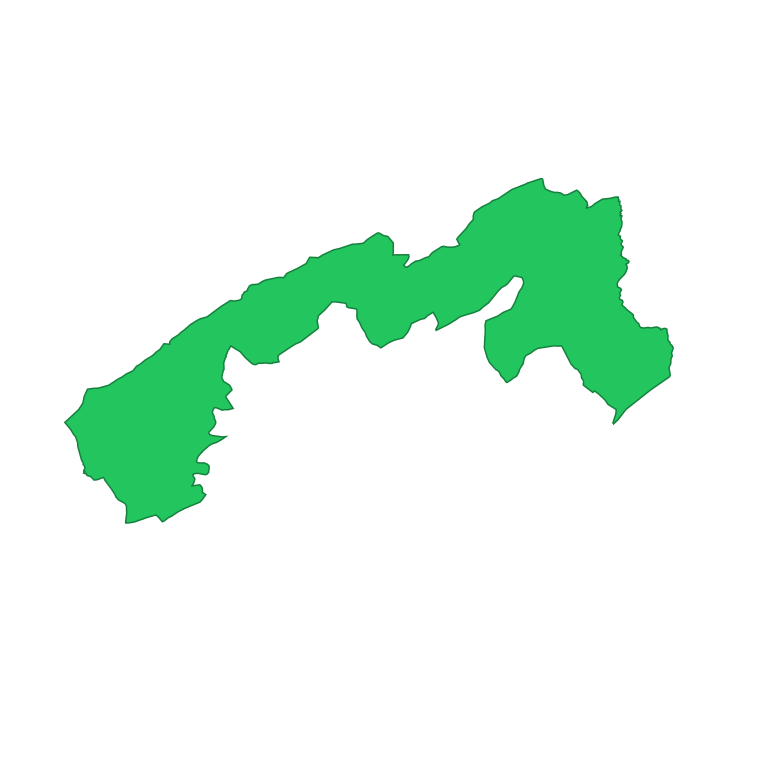 Chamwino, Dodoma, United Republic of Tanzania (Equal Earth projection), rotated 236°
{"feature_id": "72390352B28140161055022", "entity_name": "Chamwino", "entity_type": "district", "adm_level": 2, "iso_a3": "TZA", "parent_name": "United Republic of Tanzania", "parent_adm1": "Dodoma", "projection": "equal_earth", "projection_center": [35.821, -6.232], "detail": "fine", "context": "isolated", "style": "filled", "palette": "green", "viewbox_px": 768, "rotation_deg": 236, "n_neighbors": 0, "source": "geoboundaries", "source_scale": "gbopen_adm2", "svg_char_len": 6134}
<svg xmlns="http://www.w3.org/2000/svg" viewBox="0 0 768 768"><g transform="rotate(236 384 384)"><path d="M448.1,245.3L461.8,245.6L462.4,246.3L464.1,254.7L467.0,255.2L469.7,255.2L475.7,252.5L479.3,252.9L480.9,253.8L484.9,258.1L485.5,259.5L491.1,262.9L493.9,266.4L495.1,268.7L496.2,268.9L496.7,270.3L499.2,273.6L499.6,275.4L501.4,278.1L491.3,282.8L483.8,283.7L475.9,285.6L473.6,286.6L472.4,287.6L471.6,289.1L471.3,292.2L470.1,293.2L467.6,297.8L465.9,299.5L464.0,302.2L463.5,303.1L463.8,304.2L462.7,305.6L461.1,309.4L464.6,310.4L466.1,311.6L466.9,313.2L466.8,332.1L465.6,338.2L466.9,359.9L467.2,361.0L473.9,364.0L475.9,366.5L477.2,367.5L478.5,376.2L481.1,386.7L479.5,389.3L472.3,397.5L470.2,397.2L469.0,396.3L468.3,396.5L467.3,397.1L461.5,403.2L459.8,402.6L455.2,399.3L452.9,398.1L448.9,398.2L442.9,397.1L437.1,397.2L433.3,396.2L427.1,395.9L423.7,396.8L420.0,399.9L415.7,401.6L415.6,410.1L415.0,414.8L414.4,417.5L411.6,425.5L413.5,432.1L415.4,435.8L418.7,440.5L417.2,450.2L415.6,454.4L416.3,458.4L416.0,464.8L409.8,464.4L404.2,463.3L402.8,462.0L400.3,457.5L399.3,457.2L397.4,471.5L397.1,480.3L397.3,483.8L396.4,487.7L393.0,498.4L391.7,504.6L392.5,509.2L392.8,516.1L397.3,530.9L398.2,535.5L397.8,540.4L398.1,542.8L400.8,551.8L400.6,552.8L395.9,557.2L394.7,557.9L392.0,557.4L389.4,556.1L386.8,552.4L384.8,547.4L378.6,538.4L375.8,533.0L375.1,530.9L376.7,522.8L376.7,516.3L379.4,503.9L376.2,500.6L371.7,497.9L358.0,487.5L348.5,484.4L342.9,483.5L333.7,484.7L330.7,486.1L327.9,486.1L325.7,485.5L320.9,486.3L316.9,486.3L316.5,487.3L316.3,490.7L316.6,494.8L316.3,497.7L316.7,499.1L318.6,502.6L320.5,504.9L323.0,510.7L326.3,514.0L327.8,516.4L328.1,517.4L328.1,519.0L327.6,522.8L327.9,527.3L327.6,531.3L320.4,546.7L319.2,547.9L316.1,552.6L295.7,550.2L289.8,551.1L289.0,552.0L287.3,552.7L281.6,552.8L278.7,551.2L275.0,551.2L271.6,548.6L260.2,552.4L260.5,554.7L254.8,556.6L247.1,558.3L241.9,558.3L233.2,562.1L232.4,561.8L229.6,559.5L223.8,552.1L222.5,552.0L223.6,558.3L227.6,570.3L230.0,601.9L230.3,624.7L231.3,626.3L237.9,629.3L238.6,629.9L240.5,633.1L244.4,636.0L246.0,638.7L248.9,639.7L251.7,643.5L252.4,644.0L254.8,644.3L256.7,643.7L258.7,644.3L262.0,644.0L265.0,646.3L269.9,648.2L271.1,649.2L272.5,648.6L273.4,647.4L274.0,645.8L274.2,643.7L275.9,644.0L276.6,643.1L277.7,643.0L279.3,641.3L279.6,640.0L280.6,638.3L280.7,637.3L283.3,634.4L285.2,630.6L287.2,628.4L289.1,628.2L291.7,629.0L293.7,628.2L299.6,628.0L301.7,629.3L302.5,629.3L310.1,626.8L312.8,626.5L315.6,625.6L316.6,625.6L318.4,628.0L319.3,628.3L320.3,628.3L322.1,626.9L323.2,627.0L324.4,627.9L325.3,629.8L327.0,630.0L327.7,630.5L329.3,633.6L331.0,633.6L333.8,632.0L336.5,633.1L337.7,634.8L339.0,637.7L340.3,644.2L341.0,646.1L343.9,650.4L346.2,651.5L347.8,651.5L348.2,651.9L347.7,653.6L348.4,655.6L349.9,655.5L351.5,654.2L352.5,654.6L355.0,652.9L357.0,652.7L358.5,652.1L359.0,653.6L360.8,654.4L363.6,658.9L366.8,658.5L367.7,658.7L368.8,661.1L369.6,661.8L371.5,661.0L372.9,661.5L374.3,662.6L376.4,661.5L378.0,663.4L379.2,665.8L380.6,667.1L381.2,668.6L385.1,671.9L388.5,672.8L390.3,675.3L390.9,675.1L391.4,673.7L392.0,673.8L392.8,675.9L394.5,675.9L394.6,677.7L395.0,678.4L396.5,678.1L399.1,680.1L400.9,679.5L403.5,681.8L404.5,680.5L405.5,681.8L406.7,681.7L407.7,682.7L408.2,682.6L409.8,679.9L411.5,675.2L415.1,668.5L415.6,659.6L415.1,656.3L415.3,654.4L416.2,651.2L416.8,650.2L417.5,651.0L418.0,652.7L421.8,654.1L429.1,652.9L432.0,653.3L435.0,652.9L437.0,652.1L438.2,642.6L439.4,639.3L443.8,637.1L446.2,634.5L447.5,632.4L450.0,630.3L454.6,627.2L456.2,627.0L459.1,627.5L465.2,630.1L466.4,629.2L470.4,615.2L470.6,612.8L473.7,599.0L473.8,582.2L475.3,576.3L474.9,572.7L476.1,564.2L476.0,555.4L475.5,554.3L473.6,552.1L470.4,549.9L469.0,544.0L466.8,538.5L464.6,528.6L463.4,525.3L459.4,524.7L457.2,524.9L457.1,523.3L458.1,519.5L459.1,517.3L462.3,512.8L464.8,510.5L465.6,508.4L465.9,497.4L464.4,492.1L465.4,489.6L466.7,481.8L468.1,479.1L468.3,473.7L467.9,471.3L468.0,468.9L468.8,467.3L471.4,466.7L473.1,471.8L474.5,474.7L475.6,475.9L477.4,476.7L486.1,463.5L488.3,465.6L495.8,470.6L503.9,469.7L504.7,469.3L507.1,466.7L511.6,464.6L512.4,463.8L512.9,462.7L513.1,453.6L513.0,450.1L512.4,447.1L512.4,445.3L515.5,439.2L517.5,436.2L521.1,423.1L523.4,417.2L525.3,405.3L525.4,400.3L530.6,393.3L527.2,386.4L527.5,385.6L528.2,376.8L529.8,367.3L529.9,364.9L528.3,360.3L531.3,356.4L536.3,344.3L537.0,341.1L537.2,334.9L538.2,333.8L539.1,331.6L539.9,331.0L540.6,327.6L538.8,323.7L537.8,323.1L538.3,319.1L537.5,318.4L537.1,316.1L534.4,313.7L534.2,311.4L536.5,306.1L539.1,303.4L539.4,292.0L538.6,274.8L540.8,268.2L541.3,264.0L541.5,256.8L540.6,250.1L540.2,243.1L539.7,241.5L539.9,233.4L538.9,230.1L536.8,228.6L540.4,224.1L538.0,217.5L537.8,212.2L537.3,210.5L537.0,207.3L537.4,199.5L536.8,193.0L537.1,188.7L535.3,183.2L536.4,175.8L536.3,170.5L536.8,166.7L536.9,155.2L540.4,144.6L542.6,141.2L545.5,135.3L541.4,128.6L536.5,123.6L533.5,116.5L530.6,97.9L521.6,98.8L516.0,98.5L512.6,98.8L507.1,97.3L503.3,95.2L490.0,90.7L486.9,90.5L485.3,89.5L484.1,89.9L482.5,89.5L481.0,88.4L480.3,87.3L480.4,86.9L478.5,85.7L478.4,86.2L478.0,85.3L477.5,86.1L476.9,86.0L476.3,87.1L475.4,86.6L473.4,87.1L472.3,88.4L470.8,89.2L466.5,89.9L465.0,92.7L463.5,99.0L462.4,99.2L459.9,98.8L449.9,99.3L443.1,99.2L440.2,98.6L436.3,99.1L431.0,101.9L429.0,102.5L427.8,102.4L426.3,101.9L420.6,98.3L413.8,92.4L413.1,92.2L411.4,95.0L409.1,100.2L405.8,113.0L403.0,121.5L400.6,122.5L393.7,123.2L393.4,125.2L393.7,130.1L393.2,134.6L393.2,141.9L392.3,149.3L389.0,165.4L389.9,169.0L391.9,174.4L395.6,172.9L399.3,175.2L402.9,175.2L403.6,174.6L406.9,167.9L408.5,171.1L410.8,173.9L411.6,174.3L414.8,174.2L415.9,175.6L415.0,178.2L413.7,180.1L408.9,184.9L408.2,186.6L408.8,189.2L413.1,192.8L414.6,193.1L416.4,192.6L419.0,190.9L422.0,186.5L423.4,185.3L424.3,185.1L426.6,187.3L427.9,189.6L428.8,192.7L429.9,197.7L430.7,204.4L430.6,207.5L429.2,212.6L428.7,219.1L428.8,223.5L430.3,220.7L437.2,212.9L439.4,211.3L441.3,211.3L442.0,212.0L443.5,218.7L445.4,222.2L446.5,223.3L450.1,224.1L452.5,225.2L455.0,225.3L457.2,226.5L459.0,229.4L458.9,230.6L457.9,231.8L452.7,235.3L451.6,237.9L449.8,240.4L448.1,245.3Z" fill="#22c55e" stroke="#15803d" stroke-width="1.5"/></g></svg>